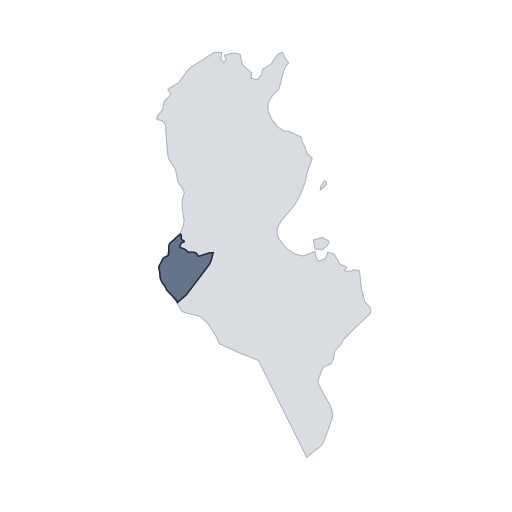 Tunisia, with Tozeur highlighted, rotated 346°
{"feature_id": "TUN-101", "entity_name": "Tozeur", "entity_type": "Governorate", "adm_level": 1, "iso_a3": "TUN", "parent_name": "Tunisia", "parent_adm1": "", "projection": "mercator", "projection_center": [7.997, 33.974], "detail": "fine", "context": "in_parent", "style": "filled", "palette": "slate", "viewbox_px": 512, "rotation_deg": 346, "n_neighbors": 0, "source": "natural_earth", "source_scale": "10m", "svg_char_len": 3365}
<svg xmlns="http://www.w3.org/2000/svg" viewBox="0 0 512 512"><g transform="rotate(346 256 256)"><path d="M352.8,295.4L352.7,296.9L351.0,307.9L350.6,311.8L350.4,318.5L350.4,326.5L354.2,333.3L354.3,336.3L352.8,339.7L345.7,343.6L336.5,348.7L328.6,353.5L319.9,358.8L317.3,362.2L313.0,364.8L309.4,367.4L308.7,369.9L306.2,374.7L302.9,378.5L294.7,380.2L293.2,381.4L289.4,387.0L287.6,389.3L285.4,394.0L288.2,406.0L291.7,418.4L292.3,423.6L292.3,427.9L290.4,432.5L286.0,439.1L282.8,443.9L276.6,452.7L274.8,454.8L270.5,457.3L262.3,460.7L256.5,463.7L253.6,450.4L251.1,439.1L249.0,429.7L245.3,413.2L242.2,399.1L239.1,385.0L236.3,372.2L233.5,359.2L232.3,357.4L223.8,351.2L216.0,345.6L207.9,339.2L199.1,332.2L197.6,323.4L193.1,310.1L188.3,302.7L186.6,300.7L176.9,295.9L171.4,292.4L169.9,290.3L168.8,284.9L164.8,274.1L160.3,264.2L158.7,257.5L158.4,249.1L159.3,243.0L161.3,240.4L170.7,232.8L175.1,223.7L180.4,220.3L185.1,217.7L188.9,214.7L192.2,209.8L194.8,204.6L195.2,199.0L196.3,190.1L198.0,183.9L202.0,176.8L200.3,171.2L198.2,165.0L198.8,154.3L198.3,150.0L196.6,146.2L194.9,141.2L194.8,137.1L196.5,126.3L197.8,118.0L199.8,107.3L199.1,104.2L197.6,102.0L193.0,99.6L193.0,98.2L194.1,96.6L200.8,91.3L204.4,83.6L207.5,81.9L212.0,79.1L211.9,76.1L210.8,72.9L222.8,69.2L234.2,59.6L238.3,57.2L264.7,48.3L268.2,49.0L272.0,50.3L270.9,53.6L269.4,56.2L271.6,60.8L274.8,58.0L274.0,56.1L273.8,53.6L279.3,53.4L284.1,53.8L289.4,56.5L289.0,67.0L296.1,77.2L294.1,82.3L299.8,85.3L305.0,81.7L307.6,76.4L317.0,73.3L326.0,65.4L331.0,64.6L332.1,71.1L334.5,76.7L331.1,78.7L326.8,84.6L318.6,99.7L311.0,104.1L305.3,109.9L303.5,114.1L303.0,118.9L304.4,127.4L308.5,136.1L313.3,141.4L317.9,143.0L328.6,151.3L328.4,156.2L329.9,162.0L330.4,169.0L334.2,174.7L326.2,186.9L321.9,195.8L313.4,207.9L305.8,215.8L289.6,227.5L285.6,231.3L283.0,235.4L281.8,239.5L282.2,244.5L287.6,256.5L294.7,263.6L301.9,267.5L314.4,265.9L314.0,270.5L314.9,276.1L320.0,275.8L323.4,274.9L326.3,269.6L332.4,273.2L335.6,284.5L340.8,288.0L341.4,289.3L339.6,290.2L338.2,291.5L339.7,292.4L344.7,293.8L347.8,292.9L352.8,295.4ZM326.3,264.0L325.0,264.2L322.7,265.8L321.4,266.0L317.9,264.2L316.6,264.2L314.9,263.0L315.4,256.2L316.0,254.3L324.6,254.0L329.2,258.1L330.0,259.1L330.2,260.3L328.0,262.6L326.3,264.0ZM341.8,203.5L334.3,207.7L335.8,204.0L340.7,199.5L342.0,200.6L341.8,203.5Z" fill="#d9dde1" stroke="#a8b0b8" stroke-width="1"/><path d="M168.7,282.1L168.7,281.9L168.0,279.6L164.3,273.1L161.2,267.7L160.8,266.2L160.3,263.2L158.9,260.4L158.6,259.4L157.9,256.2L157.7,254.0L158.7,248.1L158.8,243.8L159.5,242.2L160.6,241.1L162.5,239.1L163.7,237.5L165.0,236.1L166.9,235.1L170.0,234.6L170.9,234.2L171.5,233.4L171.9,232.5L173.8,225.5L174.7,223.5L176.6,222.1L180.8,220.2L182.8,218.8L187.5,216.7L187.9,216.3L188.1,216.5L188.4,217.6L188.5,218.2L187.7,221.2L187.7,221.7L187.8,222.0L189.5,223.7L189.7,223.9L189.9,224.4L189.9,224.7L189.7,224.8L187.2,225.3L186.9,225.3L186.7,225.4L186.5,225.6L184.8,227.7L184.5,228.1L184.2,228.8L184.3,229.1L184.4,229.3L187.9,231.7L188.8,232.5L189.3,233.0L190.0,234.0L190.6,235.1L191.0,235.7L191.2,235.9L191.4,236.0L191.6,236.1L193.4,236.3L197.1,237.5L197.4,237.7L198.2,238.3L198.8,239.0L199.0,239.3L199.1,239.6L199.3,240.4L199.8,241.8L200.0,242.2L200.2,242.4L210.9,241.7L212.7,241.9L215.3,242.4L211.4,249.5L208.8,252.8L178.9,276.9L169.6,281.6L168.7,282.1Z" fill="#64748b" stroke="#1e293b" stroke-width="1.5"/></g></svg>